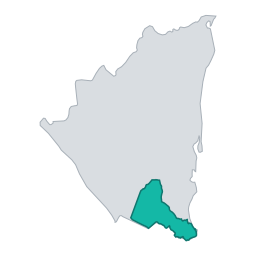 Rio San Juan on a map of Nicaragua (Equal Earth projection)
{"feature_id": "NIC-4800", "entity_name": "Rio San Juan", "entity_type": "Department", "adm_level": 1, "iso_a3": "NIC", "parent_name": "Nicaragua", "parent_adm1": "", "projection": "equal_earth", "projection_center": [-84.287, 11.292], "detail": "fine", "context": "in_parent", "style": "filled", "palette": "teal", "viewbox_px": 256, "rotation_deg": 0, "n_neighbors": 0, "source": "natural_earth", "source_scale": "10m", "svg_char_len": 4819}
<svg xmlns="http://www.w3.org/2000/svg" viewBox="0 0 256 256"><path d="M215.9,16.1L214.8,18.1L213.6,19.3L211.1,25.6L210.3,26.1L210.1,21.5L208.6,20.9L206.9,22.5L205.9,24.9L207.4,28.0L208.8,28.0L210.4,28.9L214.8,50.3L213.8,54.1L211.2,60.0L208.6,65.1L206.0,68.2L202.9,81.7L200.1,103.6L202.1,123.4L201.1,141.6L202.0,145.9L202.3,151.3L200.2,152.3L199.0,152.1L197.8,148.8L197.9,145.9L199.2,142.5L199.7,137.9L199.1,135.5L197.8,140.8L195.6,143.1L194.2,143.9L192.8,146.6L194.3,151.6L196.2,155.2L196.8,157.9L196.1,161.0L195.7,171.7L195.0,171.4L194.3,169.9L192.3,169.8L192.1,174.1L192.2,176.5L190.5,178.4L189.9,180.2L191.3,181.6L192.9,182.3L194.8,182.2L196.3,187.5L196.8,191.8L193.2,195.7L192.0,199.0L189.9,203.0L188.7,206.9L188.4,209.8L189.8,218.7L192.3,225.0L194.4,229.0L197.3,229.9L196.6,234.1L194.5,236.8L190.6,239.1L186.4,239.5L179.5,237.4L176.7,237.1L175.6,236.0L175.2,233.9L173.2,230.8L169.6,226.6L167.5,226.9L164.1,226.0L158.4,223.1L155.8,222.8L152.1,225.2L147.7,228.4L137.1,223.4L129.7,219.9L123.1,216.8L121.3,215.6L119.8,215.8L118.6,217.5L117.1,220.4L116.6,221.3L115.9,222.1L115.0,222.3L115.0,220.9L111.7,215.1L106.6,208.1L86.8,186.7L79.5,173.9L75.6,164.7L71.9,159.9L61.3,150.1L58.8,146.2L48.3,133.2L40.2,125.5L40.1,122.2L43.5,118.2L45.1,118.4L46.9,121.3L49.7,124.6L51.1,124.6L53.1,123.1L53.1,121.5L64.0,120.9L65.9,120.0L67.9,117.6L68.9,114.3L69.1,111.0L69.5,108.7L71.2,106.5L74.4,105.8L76.9,105.5L77.6,104.0L76.9,99.1L75.6,87.1L75.3,83.8L75.8,81.3L76.8,80.4L81.6,79.8L90.7,80.8L92.4,80.1L96.1,73.3L99.5,68.3L101.9,66.1L103.8,65.4L106.0,69.8L113.7,76.2L115.0,75.8L115.7,75.4L116.0,74.5L115.8,71.6L117.7,69.0L121.7,66.6L125.7,62.4L129.8,56.3L133.2,52.8L136.2,51.7L137.3,50.1L136.6,47.9L136.9,44.7L138.0,40.6L139.8,38.2L142.0,37.6L142.9,36.3L142.4,34.3L142.9,32.2L144.9,28.7L149.7,25.7L152.5,26.7L154.8,30.7L158.1,33.5L162.3,34.9L165.5,34.4L167.9,31.9L170.0,31.1L171.8,32.1L172.8,31.5L172.9,29.4L173.9,28.9L175.7,30.1L177.3,30.4L178.7,29.8L179.3,28.8L179.6,27.7L180.6,27.0L184.2,27.7L188.3,26.5L192.8,23.3L195.8,21.9L197.3,22.2L199.1,20.6L201.2,17.0L205.9,15.4L215.9,16.1Z" fill="#d9dde1" stroke="#a8b0b8" stroke-width="1"/><path d="M175.8,237.0L175.5,236.7L174.7,235.8L174.6,235.6L174.4,235.4L174.4,235.1L174.5,234.7L175.2,234.1L175.1,232.9L174.4,232.1L173.7,231.6L173.3,231.1L172.9,230.7L171.1,229.8L170.7,229.3L170.6,228.9L170.0,228.0L169.9,227.7L169.8,227.0L169.8,226.5L169.7,226.1L169.3,225.8L169.0,226.1L166.9,227.9L166.5,228.1L166.1,228.1L165.7,227.8L165.3,227.6L165.0,227.2L164.1,225.7L163.9,225.6L163.8,225.4L163.6,225.3L163.3,225.3L161.4,224.1L160.5,223.7L159.6,223.8L159.0,223.7L157.5,222.2L156.8,221.8L155.6,222.2L152.7,224.8L148.6,228.3L146.4,226.6L143.1,225.1L137.8,222.5L135.9,221.5L132.4,219.7L130.8,217.8L140.2,192.3L140.9,190.7L141.0,190.5L141.2,190.4L141.8,190.0L142.6,189.2L142.9,189.0L143.2,188.8L143.3,188.9L143.4,189.0L143.6,188.9L144.4,188.6L144.6,188.4L144.8,188.0L145.0,187.7L145.3,187.3L145.4,187.2L145.5,186.9L145.6,186.7L145.7,186.3L145.8,185.9L146.4,184.7L148.1,184.3L149.1,183.4L151.7,180.3L151.8,180.0L152.0,179.9L155.1,179.9L155.9,179.8L156.0,179.7L156.4,179.9L156.5,179.9L157.1,179.8L157.4,179.9L157.6,180.0L158.0,180.1L159.5,180.2L160.3,183.8L160.9,185.2L161.2,185.6L161.4,185.9L161.5,186.2L161.5,186.9L161.5,188.3L162.0,189.6L162.4,191.2L162.3,191.7L162.3,192.2L161.9,193.4L161.3,196.0L161.2,197.0L161.2,197.7L161.5,199.7L161.6,201.7L164.2,203.0L165.4,203.9L168.5,206.5L169.1,207.3L169.3,208.0L169.3,208.7L169.4,209.3L169.7,210.1L170.1,210.6L170.4,211.0L172.3,212.2L173.8,213.7L174.9,215.2L175.3,215.8L176.1,217.5L176.3,217.8L176.4,218.0L176.5,217.9L176.7,218.0L176.8,218.1L177.1,218.3L177.4,218.4L177.7,218.5L177.8,218.6L178.3,218.5L178.6,218.5L178.9,218.6L179.5,218.9L180.0,219.2L181.3,218.9L181.5,219.0L181.6,219.4L181.6,219.5L181.7,219.8L182.1,220.4L182.5,220.8L182.9,220.9L183.2,220.7L183.5,220.6L183.8,220.4L184.0,220.2L184.4,220.1L184.7,220.2L185.0,220.3L185.4,220.4L185.5,220.3L185.6,220.2L186.0,220.0L186.4,219.9L186.6,219.8L187.1,219.5L187.3,219.5L187.3,219.8L187.3,220.8L187.3,221.2L187.4,221.3L187.5,221.5L187.7,221.8L187.7,222.0L187.7,222.5L187.8,222.7L187.8,222.9L188.0,223.1L188.3,223.3L188.3,223.2L188.5,223.1L188.8,223.1L189.2,223.1L190.8,223.5L191.1,223.6L191.3,223.9L192.0,225.1L192.6,226.4L193.6,227.8L194.3,228.5L194.6,229.6L195.3,229.5L195.1,228.9L195.4,229.0L195.7,229.9L195.8,230.0L195.9,230.3L195.8,231.0L196.2,231.3L196.2,232.4L196.5,234.3L196.4,235.7L195.1,236.7L192.5,237.5L192.3,237.5L189.7,238.8L188.9,240.1L188.7,240.2L187.7,239.9L187.4,240.0L186.9,240.5L186.5,240.6L186.1,240.6L185.9,240.4L183.5,237.9L183.3,237.0L182.9,236.6L182.4,236.8L181.9,237.4L181.2,237.2L180.3,238.0L179.8,237.4L179.5,237.4L179.1,237.8L178.6,237.6L177.9,236.7L177.4,236.8L177.1,236.7L176.8,236.6L176.2,236.6L175.8,237.0Z" fill="#14b8a6" stroke="#0f766e" stroke-width="1.5"/></svg>